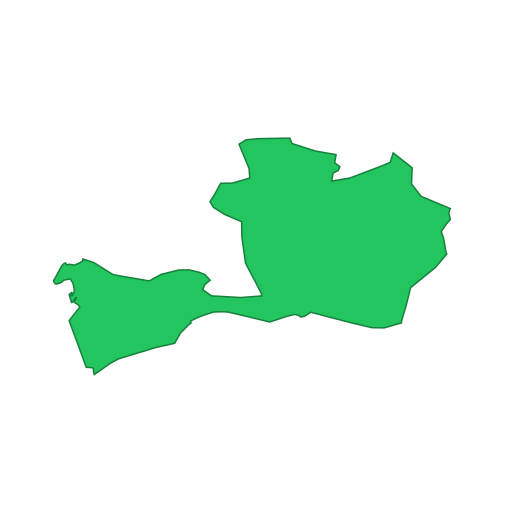 Wad Bandah, North Kordufan, Sudan, rotated 250°
{"feature_id": "16777658B16794991274557", "entity_name": "Wad Bandah", "entity_type": "district", "adm_level": 2, "iso_a3": "SDN", "parent_name": "Sudan", "parent_adm1": "North Kordufan", "projection": "equal_earth", "projection_center": [27.688, 13.304], "detail": "fine", "context": "isolated", "style": "filled", "palette": "green", "viewbox_px": 512, "rotation_deg": 250, "n_neighbors": 0, "source": "geoboundaries", "source_scale": "gbopen_adm2", "svg_char_len": 3409}
<svg xmlns="http://www.w3.org/2000/svg" viewBox="0 0 512 512"><g transform="rotate(250 256 256)"><path d="M206.3,92.0L206.1,96.6L206.0,98.1L205.2,113.8L205.0,116.0L204.8,119.8L204.3,130.1L204.0,132.3L203.8,134.0L203.5,136.7L201.9,148.6L202.1,148.7L201.9,150.0L202.1,150.1L207.9,156.9L209.5,158.8L212.8,165.7L213.5,167.3L213.8,167.8L214.4,169.2L214.6,169.8L215.0,171.2L215.0,171.5L215.2,172.0L215.5,172.0L215.9,172.0L216.1,172.0L216.3,172.1L216.5,172.1L216.8,172.3L217.1,172.8L217.4,173.3L217.7,176.4L218.2,180.9L218.2,181.4L218.2,182.8L218.2,183.6L218.2,186.1L218.2,188.8L218.1,192.3L217.8,197.3L216.3,201.8L215.2,205.1L214.6,206.5L213.4,209.4L213.2,210.0L210.8,213.8L207.5,218.8L200.7,229.2L199.3,231.2L194.3,238.8L191.7,242.7L190.4,244.7L189.2,246.5L189.2,249.6L189.0,254.3L188.8,263.1L188.7,264.2L188.4,267.9L187.9,272.2L186.9,273.9L186.4,274.7L185.9,275.5L185.3,275.9L183.4,277.2L183.0,279.2L182.8,279.8L182.6,280.5L182.9,281.6L183.8,285.6L184.0,286.5L184.1,287.2L184.4,288.3L182.8,290.5L181.8,292.0L181.0,293.2L178.5,296.8L171.4,307.0L169.6,309.6L169.4,310.0L164.1,317.6L163.1,319.0L162.9,319.4L160.1,323.4L159.5,324.3L154.4,332.2L153.8,333.1L153.5,333.5L152.9,334.4L149.0,340.4L148.1,342.7L147.0,345.6L144.6,351.9L144.6,352.0L144.1,358.6L143.7,365.2L143.5,367.7L143.4,369.2L143.4,369.6L143.6,369.6L143.9,369.8L144.3,370.1L145.9,371.1L158.4,380.4L173.4,390.5L178.5,405.3L183.9,420.8L192.6,435.9L195.8,436.0L201.7,437.2L209.1,438.4L215.6,438.4L220.9,445.8L224.0,451.2L230.7,451.9L234.1,454.8L255.5,431.6L270.5,426.8L285.5,432.9L306.0,420.2L298.1,414.1L297.6,403.8L297.2,370.7L300.5,352.8L307.6,356.8L308.2,362.5L311.3,365.4L316.6,361.8L323.9,365.9L334.5,347.4L349.4,328.3L355.2,328.1L365.3,298.9L368.6,286.4L366.9,278.3L340.4,279.4L331.4,276.7L332.6,258.6L336.4,247.6L328.8,239.1L322.7,231.3L316.2,232.7L306.0,240.5L293.1,254.2L278.2,249.1L252.7,243.7L219.7,248.2L216.5,247.9L222.2,227.4L233.8,200.5L242.7,194.4L246.8,198.4L248.9,204.6L255.9,201.7L260.1,197.1L265.8,188.5L269.3,178.4L271.2,160.5L269.1,147.1L287.3,115.4L305.5,101.2L312.2,92.5L312.4,92.2L312.1,92.1L310.3,91.1L310.3,90.5L309.9,87.1L309.4,82.4L310.2,81.2L311.2,79.3L312.1,77.8L312.2,77.1L312.3,76.0L312.3,75.2L312.8,74.7L313.3,74.9L313.5,74.9L314.5,74.7L314.7,73.4L314.6,73.1L314.0,71.9L313.6,70.9L313.3,70.3L313.0,69.9L309.1,65.4L308.9,65.3L308.8,65.1L308.0,64.2L307.3,63.5L305.6,61.6L304.5,60.2L303.6,59.3L303.4,59.0L302.8,58.1L302.6,57.8L302.4,57.5L300.7,57.2L298.2,58.1L298.0,59.0L297.8,60.2L297.6,61.4L297.6,61.6L297.6,62.2L297.6,62.9L297.7,63.3L297.7,63.9L297.7,64.1L297.8,64.2L299.1,67.3L299.0,67.5L298.0,73.6L293.5,74.6L292.8,74.7L285.7,73.6L283.4,71.9L282.2,70.4L281.7,69.9L281.8,69.7L281.9,69.0L282.7,69.9L284.1,70.6L284.7,70.2L284.6,69.8L284.5,69.2L284.4,69.0L283.6,67.2L275.4,66.8L275.4,67.2L275.4,67.4L275.4,67.6L276.7,70.0L277.1,70.4L277.6,71.1L278.1,71.7L278.4,72.1L278.6,72.3L278.3,73.0L277.8,72.8L277.4,72.2L277.1,71.6L275.0,69.4L273.4,70.3L270.8,72.3L268.3,73.0L265.9,69.0L262.5,63.6L261.6,62.1L259.3,58.5L259.2,58.3L258.7,58.3L257.0,58.3L255.7,58.3L248.2,58.3L240.0,58.4L238.3,58.4L235.4,58.4L232.4,58.4L231.4,58.4L228.8,58.4L228.2,58.4L221.2,58.4L220.2,58.4L217.5,58.4L215.9,58.4L211.7,58.4L210.8,58.4L209.5,58.4L206.6,64.7L205.2,64.4L202.3,63.8L201.9,63.7L200.7,63.5L199.9,63.4L200.8,66.8L201.2,68.4L204.7,81.4L204.9,82.0L205.5,85.9L206.3,91.2L206.3,92.0Z" fill="#22c55e" stroke="#15803d" stroke-width="1.5"/></g></svg>